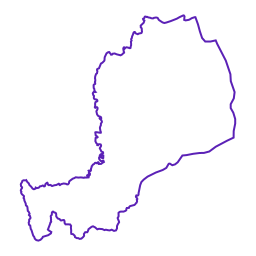 the district of Kabang, Yala, Thailand
{"feature_id": "78962969B19846711934015", "entity_name": "Kabang", "entity_type": "district", "adm_level": 2, "iso_a3": "THA", "parent_name": "Thailand", "parent_adm1": "Yala", "projection": "orthographic", "projection_center": [100.929, 6.36], "detail": "fine", "context": "isolated", "style": "outline", "palette": "violet", "viewbox_px": 256, "rotation_deg": 0, "n_neighbors": 0, "source": "geoboundaries", "source_scale": "gbopen_adm2", "svg_char_len": 5706}
<svg xmlns="http://www.w3.org/2000/svg" viewBox="0 0 256 256"><path d="M195.4,17.2L194.6,17.2L191.7,18.2L189.6,19.5L188.5,19.9L185.6,20.4L184.2,19.9L184.5,16.4L183.9,15.5L183.3,15.4L179.6,17.1L176.8,18.7L170.7,21.1L166.1,22.6L164.3,23.0L162.5,22.4L159.2,20.2L158.6,19.6L157.8,18.1L157.1,17.7L156.0,17.5L153.8,17.9L153.4,18.3L152.2,18.4L150.9,18.1L150.4,17.8L148.2,17.4L147.4,16.9L146.5,17.0L145.8,16.6L145.0,16.6L144.6,17.0L144.3,18.0L143.6,18.7L143.2,18.7L143.0,18.9L143.3,19.8L144.4,20.5L143.7,22.7L140.7,25.6L140.8,27.4L141.3,27.7L141.8,28.8L141.8,30.3L142.0,31.6L141.6,32.8L141.2,33.1L139.0,33.5L137.8,34.2L136.0,33.5L135.4,33.1L134.8,32.0L134.3,32.0L133.6,32.6L132.8,34.9L132.1,36.4L131.8,38.1L131.2,39.0L131.2,39.7L131.6,40.6L130.9,41.7L131.1,43.3L131.1,45.3L130.7,46.4L130.5,47.9L130.1,48.1L129.4,48.1L128.1,47.6L126.5,47.3L125.5,47.7L124.8,48.5L124.4,47.6L124.1,47.3L123.8,47.4L123.3,48.3L123.3,48.9L123.7,51.3L124.1,52.2L124.1,52.7L123.2,53.3L122.2,54.4L120.6,55.3L116.6,54.3L114.7,53.5L112.8,53.7L112.2,54.5L111.1,54.7L110.4,53.5L109.6,52.8L109.4,52.2L109.1,52.0L107.8,52.4L106.5,53.4L104.8,57.0L104.6,58.0L104.5,60.1L104.2,60.9L102.4,62.7L100.9,63.6L99.0,68.3L97.4,69.0L97.1,69.3L97.0,70.1L97.4,71.1L97.1,72.7L97.0,73.3L96.0,74.1L95.2,76.5L95.0,78.4L95.2,78.9L95.3,81.0L95.0,81.6L94.9,82.4L95.2,83.0L95.2,83.8L94.9,84.1L94.0,84.5L93.6,85.1L93.7,88.0L94.3,88.9L94.4,90.3L95.0,91.5L95.5,92.0L95.1,92.1L94.6,91.5L93.9,91.7L93.0,92.8L92.8,93.5L93.4,95.3L94.0,95.9L93.8,97.9L94.0,98.6L95.0,99.3L96.7,99.6L97.2,100.1L97.4,100.7L97.4,101.0L97.0,101.4L95.6,102.0L95.4,102.3L95.1,103.7L95.2,105.8L94.8,107.2L95.0,107.6L95.3,107.8L96.2,107.2L97.0,107.2L97.6,108.0L97.5,109.1L97.0,110.2L96.6,110.7L96.4,111.5L97.1,114.5L98.4,116.1L100.3,116.7L100.9,117.1L101.2,117.8L101.2,118.2L100.2,118.0L99.7,118.2L99.6,118.4L99.9,118.9L100.8,119.6L101.6,120.7L101.9,121.6L101.8,122.3L100.9,123.5L100.9,125.2L100.2,126.7L99.9,127.9L100.4,130.9L100.9,132.1L100.8,132.7L100.2,132.8L96.7,132.2L95.7,132.2L95.3,132.4L95.7,135.3L96.5,135.9L97.6,137.1L97.1,137.6L95.9,137.6L95.6,137.9L95.4,141.2L96.1,142.8L97.3,144.2L97.3,145.1L98.1,145.2L98.5,144.3L99.1,144.2L100.6,144.4L101.0,145.1L101.1,145.7L100.9,146.4L99.9,147.9L99.8,148.4L100.9,150.4L101.3,151.5L102.9,152.1L103.2,153.0L103.0,153.3L100.6,154.4L100.0,155.1L101.3,155.9L102.2,155.3L103.3,155.5L103.4,156.0L103.2,156.6L103.3,157.9L103.1,158.2L102.8,158.3L100.5,157.2L99.5,156.9L99.1,157.5L99.1,158.6L99.4,159.4L100.8,161.0L101.3,161.2L103.4,160.7L103.9,162.0L102.5,162.8L101.1,163.9L98.7,164.0L98.2,163.4L98.6,162.6L98.1,162.2L96.7,163.2L95.8,162.8L95.0,162.9L94.2,163.9L92.8,164.7L92.3,165.7L91.7,166.2L91.5,167.5L91.0,168.7L90.9,170.6L90.3,171.1L89.1,170.5L88.6,170.7L89.3,172.1L88.8,172.8L88.8,173.2L89.9,173.7L89.9,174.8L89.4,175.3L88.7,174.9L87.4,175.1L87.1,175.5L87.3,176.0L88.7,177.0L88.6,177.4L85.8,177.6L84.9,177.4L84.0,177.8L80.9,177.4L78.5,177.6L75.7,177.3L74.3,178.1L72.7,178.7L69.5,181.1L69.2,181.6L68.9,183.3L68.0,184.3L67.1,184.4L65.9,183.8L63.7,183.5L61.3,184.1L59.9,185.1L59.5,184.9L59.1,183.9L58.8,183.7L56.3,185.0L54.6,185.2L52.1,186.0L51.5,185.8L51.0,185.2L50.2,184.9L48.9,185.2L48.5,185.0L47.9,184.5L47.7,183.2L47.2,182.7L46.6,183.0L45.4,184.2L45.0,185.9L44.6,186.3L44.0,186.4L43.2,185.6L42.7,185.5L41.5,186.1L40.0,186.3L39.1,187.4L38.5,187.8L36.7,188.1L35.7,187.6L35.4,188.6L34.5,189.1L33.7,189.2L32.6,188.6L31.2,186.7L29.4,185.0L28.8,183.4L27.4,182.1L26.2,180.1L25.7,180.4L23.4,180.3L22.3,181.0L22.0,182.2L21.0,183.7L20.8,184.4L21.1,186.3L22.1,187.3L21.9,188.4L21.2,189.2L20.8,190.3L20.9,191.0L21.4,191.7L21.1,192.8L21.9,194.2L23.9,196.0L24.0,196.9L23.6,197.7L23.6,198.2L24.2,199.0L24.4,200.6L25.7,203.5L25.9,205.3L26.1,205.6L27.0,206.2L27.4,207.1L27.8,210.9L28.6,211.6L29.6,213.7L28.9,215.0L29.1,215.3L29.9,215.8L30.5,217.8L30.3,218.5L29.3,219.4L29.1,219.9L29.2,221.5L28.7,222.4L29.0,224.7L30.2,225.5L30.7,228.8L31.5,230.2L33.2,235.6L34.2,236.9L34.8,238.7L36.3,240.1L38.4,240.6L40.5,239.8L42.3,238.0L42.9,236.8L48.2,235.2L50.9,233.4L51.3,232.0L48.9,230.5L47.9,229.6L50.0,224.1L50.4,222.5L50.8,222.4L51.2,221.7L50.9,220.6L51.1,219.6L50.9,218.9L51.0,217.6L50.7,216.7L50.8,215.9L51.8,214.8L51.9,212.5L52.6,211.7L53.0,211.6L53.4,211.7L54.2,212.5L55.3,212.7L56.0,213.3L56.2,214.4L56.2,216.2L56.4,216.7L57.8,218.5L59.6,219.1L60.3,220.0L61.0,220.5L63.4,220.0L64.0,220.1L64.5,221.0L64.6,223.0L65.5,224.3L68.1,224.3L70.2,224.5L71.1,225.9L70.9,227.5L71.2,230.6L71.1,232.5L71.3,233.9L73.1,234.2L74.7,235.7L75.0,237.1L76.8,238.1L78.2,238.1L79.6,238.9L81.4,238.6L83.2,237.0L84.1,235.8L83.9,234.0L85.2,232.2L87.3,232.2L88.0,230.9L88.5,229.2L91.6,226.8L93.0,226.3L95.0,227.3L97.3,229.3L98.9,228.8L102.3,229.1L104.5,230.1L105.9,229.7L108.0,230.2L109.8,230.4L111.7,229.7L114.0,230.9L116.0,230.4L117.0,228.4L117.0,226.1L117.8,224.3L119.1,222.2L119.0,221.6L117.7,218.3L117.7,217.8L118.4,216.8L118.6,216.1L118.5,212.9L119.6,211.9L120.8,211.6L123.6,211.6L125.6,210.8L126.3,210.1L126.4,208.8L126.8,208.0L128.9,207.9L129.3,206.8L130.1,206.1L134.3,205.0L135.2,204.3L136.0,203.1L136.6,202.7L137.1,201.2L136.8,199.7L137.3,199.2L137.3,198.8L137.2,198.4L136.1,197.2L135.9,196.3L136.4,195.4L137.3,195.7L137.7,195.5L138.0,195.4L138.5,194.7L138.6,193.0L140.2,185.1L141.4,182.0L143.7,179.6L147.6,176.6L155.9,172.5L162.7,170.0L166.3,167.9L168.7,163.8L169.8,163.6L172.3,165.2L175.0,164.4L177.7,162.3L182.4,155.5L186.5,155.1L193.2,153.8L199.6,153.0L204.0,152.9L209.3,151.5L215.8,146.7L227.1,140.7L233.6,137.6L233.7,131.0L235.2,123.6L235.2,119.0L233.3,112.7L230.7,108.1L230.7,104.2L233.8,98.4L234.6,92.1L230.8,81.2L230.4,74.2L225.8,60.6L217.2,43.9L215.7,40.4L210.6,41.5L205.2,41.5L202.1,38.0L199.9,31.4L198.0,24.4L195.4,17.2Z" fill="none" stroke="#5b21b6" stroke-width="2"/></svg>